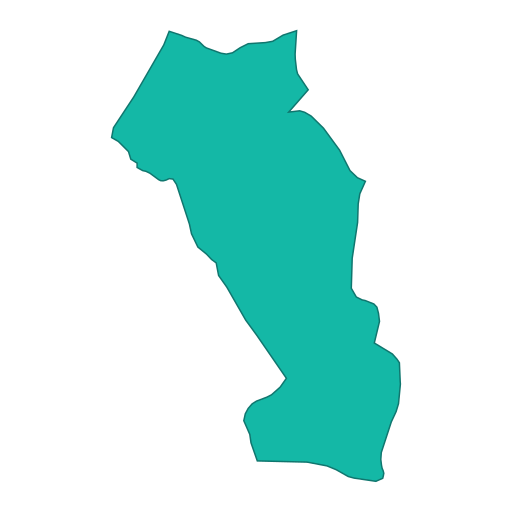 map outline of Paro (Mercator projection)
{"feature_id": "BTN-2436", "entity_name": "Paro", "entity_type": "District", "adm_level": 1, "iso_a3": "BTN", "parent_name": "Bhutan", "parent_adm1": "", "projection": "mercator", "projection_center": [89.353, 27.467], "detail": "fine", "context": "isolated", "style": "filled", "palette": "teal", "viewbox_px": 512, "rotation_deg": 0, "n_neighbors": 0, "source": "natural_earth", "source_scale": "10m", "svg_char_len": 1393}
<svg xmlns="http://www.w3.org/2000/svg" viewBox="0 0 512 512"><path d="M111.6,137.6L113.5,127.7L133.8,96.9L163.8,44.9L169.2,31.3L181.7,35.4L185.6,37.2L196.3,40.2L199.4,41.9L204.0,46.4L206.3,47.9L220.9,53.2L226.4,54.1L232.5,52.8L240.2,47.7L248.2,43.7L265.3,42.6L272.7,41.3L283.1,35.1L296.6,30.7L295.1,54.1L295.3,59.2L296.5,69.6L297.6,73.9L308.2,89.8L288.7,112.1L299.7,110.8L304.7,112.3L311.2,116.1L323.5,128.2L339.6,150.2L350.0,170.6L357.4,177.7L365.4,181.3L359.8,193.8L358.2,203.9L357.6,222.4L352.2,258.3L351.3,288.3L356.3,297.0L362.1,299.9L365.1,300.5L373.9,304.0L376.9,307.2L378.5,313.4L379.5,321.4L374.3,343.0L392.4,354.0L396.9,359.1L399.4,362.8L400.2,381.5L400.4,384.0L398.5,403.7L396.1,411.6L391.3,421.9L381.3,452.5L380.8,459.5L381.5,465.2L382.1,468.2L383.2,470.9L383.8,473.3L383.3,476.0L382.7,478.3L375.9,481.3L354.1,478.1L348.2,476.5L336.2,469.7L327.0,465.9L307.0,462.1L257.3,460.9L251.0,442.8L249.8,434.4L243.8,420.7L245.3,413.8L248.2,408.4L252.2,403.8L256.5,401.1L267.0,397.1L271.5,394.8L280.2,387.1L286.4,378.3L256.8,335.3L245.7,320.1L226.8,287.1L218.6,275.5L216.2,262.9L211.6,259.5L206.5,254.1L197.9,247.1L191.5,233.8L189.4,224.0L176.5,184.4L173.0,179.1L169.2,178.6L166.0,180.1L163.3,180.8L160.8,180.7L158.7,179.7L149.9,173.2L145.9,171.3L142.7,170.6L137.1,167.5L137.1,163.1L130.8,159.2L128.5,151.6L118.3,141.4L111.6,137.6Z" fill="#14b8a6" stroke="#0f766e" stroke-width="1.5"/></svg>